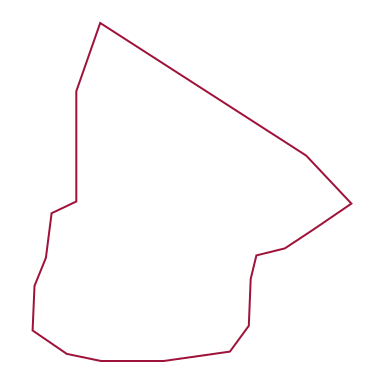 Nadur, Mercator projection
{"feature_id": "MLT-5979", "entity_name": "Nadur", "entity_type": "state/province", "adm_level": 1, "iso_a3": "MLT", "parent_name": "Malta", "parent_adm1": "", "projection": "mercator", "projection_center": [14.297, 36.047], "detail": "fine", "context": "isolated", "style": "outline", "palette": "rose", "viewbox_px": 384, "rotation_deg": 0, "n_neighbors": 0, "source": "natural_earth", "source_scale": "10m", "svg_char_len": 345}
<svg xmlns="http://www.w3.org/2000/svg" viewBox="0 0 384 384"><path d="M100.2,23.0L306.2,155.6L351.4,203.6L313.3,229.6L284.8,248.4L256.4,255.4L250.7,278.9L248.8,325.8L229.9,351.6L163.5,361.0L100.9,361.0L66.8,353.9L32.6,330.5L34.5,285.9L45.9,257.8L51.6,213.2L76.3,201.5L76.3,91.3L100.2,23.0Z" fill="none" stroke="#9f1239" stroke-width="2"/></svg>